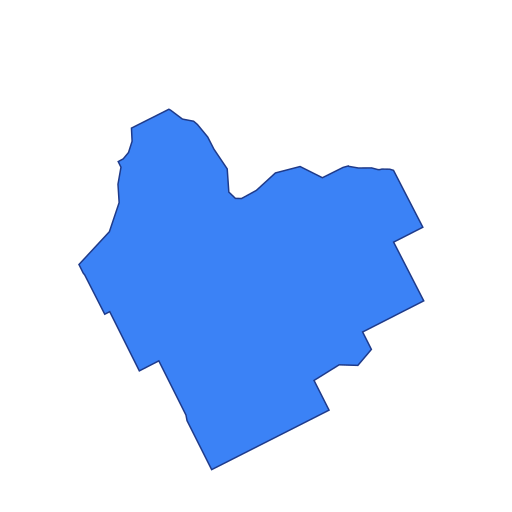 Dakota, Minnesota, United States of America, rotated 333°
{"feature_id": "52423323B20975718145591", "entity_name": "Dakota", "entity_type": "district", "adm_level": 2, "iso_a3": "USA", "parent_name": "United States of America", "parent_adm1": "Minnesota", "projection": "albers", "projection_center": [-93.038, 44.696], "detail": "fine", "context": "isolated", "style": "filled", "palette": "blue", "viewbox_px": 512, "rotation_deg": 333, "n_neighbors": 0, "source": "geoboundaries", "source_scale": "gbopen_adm2", "svg_char_len": 833}
<svg xmlns="http://www.w3.org/2000/svg" viewBox="0 0 512 512"><g transform="rotate(333 256 256)"><path d="M251.1,426.5L251.2,393.2L280.7,390.7L297.1,399.7L316.4,391.6L316.5,372.1L385.1,372.1L384.9,306.1L417.7,306.1L417.4,242.1L414.6,239.4L407.6,235.7L405.4,235.2L403.9,234.4L399.0,230.0L387.2,224.1L379.3,218.2L379.2,217.7L373.8,216.6L350.7,216.4L335.9,196.3L311.0,190.8L286.1,197.7L269.2,198.2L263.8,195.3L260.8,186.7L269.9,165.3L267.0,141.6L267.0,128.1L263.5,112.2L261.6,107.6L252.6,100.6L246.1,87.3L245.0,85.7L203.1,85.5L197.7,97.5L189.4,105.9L181.7,109.2L176.1,109.3L176.0,115.6L165.6,129.4L158.3,146.3L136.4,167.8L94.4,183.2L94.3,192.8L94.8,195.2L94.8,217.2L94.8,239.2L100.4,239.2L100.2,266.7L99.9,305.4L121.8,305.3L121.4,365.9L119.8,371.4L119.5,426.2L251.1,426.5Z" fill="#3b82f6" stroke="#1e3a8a" stroke-width="1.5"/></g></svg>